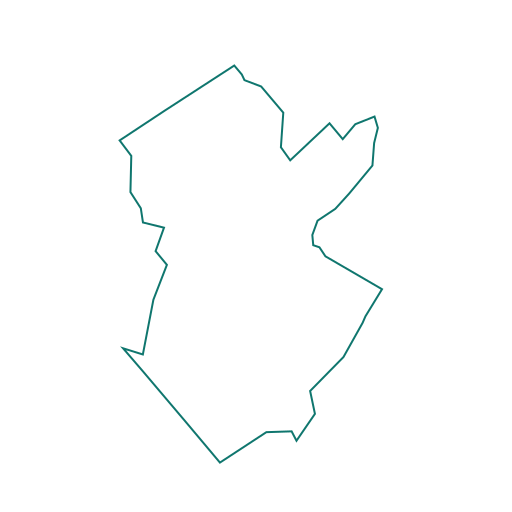 Somerset, New Jersey, United States of America, rotated 343°
{"feature_id": "52423323B92804985399484", "entity_name": "Somerset", "entity_type": "district", "adm_level": 2, "iso_a3": "USA", "parent_name": "United States of America", "parent_adm1": "New Jersey", "projection": "natural_earth1", "projection_center": [-74.587, 40.566], "detail": "fine", "context": "isolated", "style": "outline", "palette": "teal", "viewbox_px": 512, "rotation_deg": 343, "n_neighbors": 0, "source": "geoboundaries", "source_scale": "gbopen_adm2", "svg_char_len": 724}
<svg xmlns="http://www.w3.org/2000/svg" viewBox="0 0 512 512"><g transform="rotate(343 256 256)"><path d="M240.7,444.5L266.2,424.2L268.3,400.9L310.1,378.2L338.4,351.1L343.0,345.7L366.8,324.6L322.3,276.6L319.2,266.2L313.9,262.4L316.0,252.4L325.2,240.2L345.6,234.1L363.4,223.5L393.8,203.5L402.0,182.5L410.0,169.1L410.1,157.3L389.5,159.0L373.1,169.6L365.1,150.6L316.7,174.5L311.6,159.3L324.0,126.9L310.5,95.4L296.4,84.5L295.5,78.3L290.9,67.5L232.2,84.3L211.9,90.1L159.4,105.6L166.0,123.8L154.6,158.2L159.8,176.7L157.7,190.9L176.3,202.0L161.4,222.0L168.2,238.4L145.1,267.8L119.0,317.1L101.9,305.4L113.9,332.7L140.7,395.0L161.1,443.0L214.4,427.5L238.8,434.1L240.7,444.5Z" fill="none" stroke="#0f766e" stroke-width="2"/></g></svg>